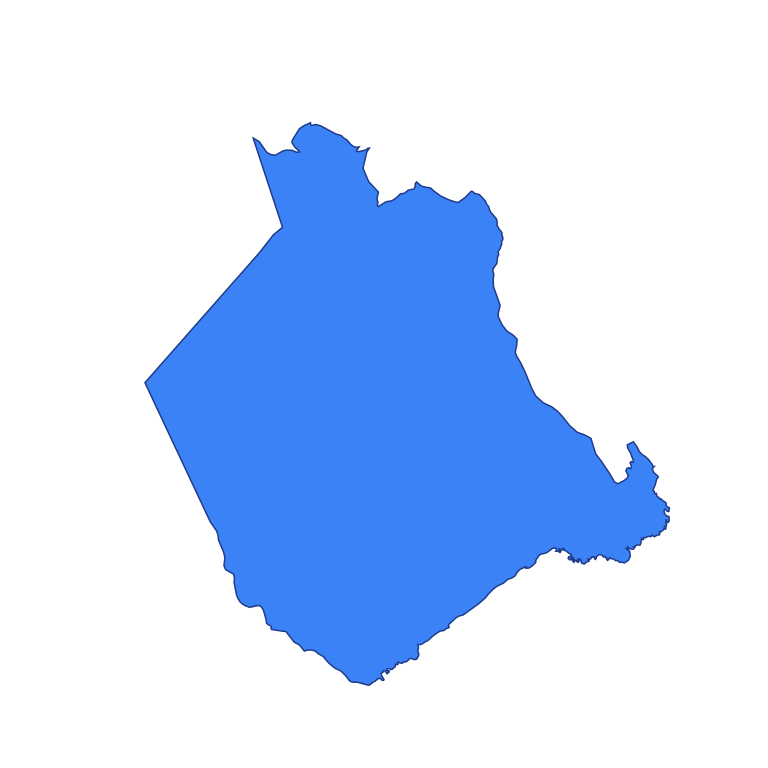 Des Barras, Dauphin, Saint Lucia (Mercator projection), rotated 69°
{"feature_id": "8701671B86108661761319", "entity_name": "Des Barras", "entity_type": "district", "adm_level": 2, "iso_a3": "LCA", "parent_name": "Saint Lucia", "parent_adm1": "Dauphin", "projection": "mercator", "projection_center": [-60.902, 14.001], "detail": "fine", "context": "isolated", "style": "filled", "palette": "blue", "viewbox_px": 768, "rotation_deg": 69, "n_neighbors": 0, "source": "geoboundaries", "source_scale": "gbopen_adm2", "svg_char_len": 6170}
<svg xmlns="http://www.w3.org/2000/svg" viewBox="0 0 768 768"><g transform="rotate(69 384 384)"><path d="M216.7,453.1L297.1,606.7L450.1,595.6L461.4,592.9L466.1,593.2L470.2,594.4L483.5,594.0L489.2,594.8L496.2,598.5L499.7,598.5L501.4,597.8L507.5,592.6L511.6,593.1L515.6,595.1L528.3,597.3L531.9,597.2L535.5,596.5L537.8,595.5L540.9,593.4L544.3,589.5L545.8,580.5L547.8,578.5L551.4,577.6L560.7,578.4L565.4,579.3L567.0,578.5L569.1,576.5L570.2,576.4L572.0,577.1L572.9,576.9L578.6,567.0L579.7,564.4L592.9,560.3L597.3,556.5L604.8,554.1L604.9,551.5L605.7,548.6L607.4,545.4L609.2,543.6L612.0,542.2L617.2,538.0L619.6,537.5L625.3,535.3L631.5,531.8L636.8,526.9L642.2,524.5L648.8,522.5L650.9,520.6L653.0,515.6L659.7,506.4L659.7,504.7L659.1,503.8L659.1,502.4L658.4,502.1L658.3,498.4L657.7,497.9L657.6,496.4L656.8,495.8L657.6,493.1L658.6,492.3L659.8,492.1L660.5,490.7L660.2,490.1L659.7,489.9L655.1,490.8L653.3,490.4L652.7,488.2L651.4,487.8L651.8,485.9L653.4,485.8L653.8,484.9L655.3,485.2L655.6,484.6L654.7,482.5L653.9,481.9L652.4,483.9L650.9,483.3L651.9,480.5L652.9,480.1L653.3,478.3L652.7,477.6L652.1,475.0L649.7,473.9L650.9,472.1L650.7,471.7L649.9,470.6L649.3,470.7L648.9,471.2L648.6,470.7L651.1,467.7L651.0,465.9L650.6,465.6L651.3,462.5L649.5,457.8L650.1,456.7L651.7,455.2L652.6,453.3L652.5,452.2L652.2,451.5L651.4,451.2L651.2,450.3L650.0,449.0L648.4,448.3L644.3,447.8L642.9,446.3L639.3,445.8L640.4,443.3L640.3,441.0L639.5,438.3L639.2,434.7L637.1,429.5L635.5,424.2L634.8,420.1L635.6,416.4L634.7,413.7L634.8,411.2L634.2,410.2L633.0,410.6L631.8,409.8L628.2,401.0L627.5,397.3L628.0,393.0L623.1,374.5L619.9,365.9L617.5,361.8L614.5,355.3L613.3,350.9L612.7,343.9L610.8,338.6L610.9,334.4L610.4,331.3L609.8,329.8L607.8,327.7L605.7,323.3L605.5,317.3L605.9,316.7L606.7,317.6L607.8,314.6L606.9,310.5L605.1,306.6L604.5,305.9L602.9,305.5L599.3,300.1L599.1,297.2L599.6,295.8L599.7,292.1L597.8,285.4L598.7,282.4L600.6,282.3L601.6,283.6L602.7,280.8L603.9,280.7L604.4,279.8L603.5,278.9L601.4,279.9L600.7,279.8L600.9,278.9L603.1,278.6L601.8,276.7L601.7,275.3L602.0,275.0L602.9,275.1L603.0,276.2L605.4,273.6L608.2,272.2L610.2,270.3L611.5,270.5L611.5,271.5L612.2,272.1L611.4,273.0L611.4,273.5L612.9,274.6L614.7,273.7L615.0,272.9L614.5,272.0L613.4,271.2L613.6,271.0L616.1,271.5L618.5,270.7L618.3,270.1L617.3,270.2L617.0,269.9L616.2,270.3L615.3,269.8L614.4,270.3L613.7,269.7L617.3,269.0L617.8,268.4L617.8,267.6L618.9,267.6L620.0,266.7L619.4,265.6L618.0,265.9L616.7,265.2L616.8,264.7L617.4,264.4L618.1,265.0L618.6,264.7L618.3,263.6L618.8,263.2L620.2,263.3L620.8,263.8L621.9,263.7L623.6,262.0L623.5,261.5L623.9,261.2L622.9,259.4L622.9,257.5L622.3,257.1L622.9,256.2L621.4,255.4L621.3,256.2L620.4,256.2L621.5,254.5L620.8,253.0L620.0,252.4L620.6,251.3L620.1,250.8L620.9,249.7L622.7,250.0L623.5,249.6L623.3,249.2L622.5,249.0L622.8,248.6L622.6,248.0L621.3,247.7L620.4,244.0L621.5,242.2L624.3,240.9L624.0,239.9L624.5,239.3L625.5,239.4L626.5,238.2L627.3,239.0L628.8,238.5L628.3,237.2L627.1,235.7L628.8,234.2L629.5,232.5L631.9,231.1L632.0,230.3L632.5,229.4L635.1,227.8L635.4,226.3L637.2,223.7L636.2,219.0L633.1,215.8L628.8,214.7L627.1,215.0L625.8,216.2L624.6,216.7L625.3,215.4L625.1,214.8L622.6,215.2L625.7,214.1L626.1,212.9L627.3,211.5L627.5,210.2L626.8,209.2L625.6,209.4L626.3,208.1L625.1,207.4L625.1,204.8L626.0,203.3L626.1,202.5L624.2,200.9L621.7,199.7L621.6,199.1L620.8,199.1L620.5,198.7L622.0,198.1L622.0,197.4L620.8,197.1L620.7,195.8L621.3,194.8L620.9,193.1L621.0,191.5L622.1,189.8L621.9,188.8L620.9,188.2L621.1,187.8L621.8,187.8L622.1,187.1L623.5,186.4L623.0,182.6L623.6,181.3L623.3,180.6L621.9,180.0L621.4,179.1L620.9,179.6L620.7,176.2L619.4,174.4L620.4,173.7L620.0,172.6L618.5,172.2L617.8,173.2L617.6,172.4L618.0,171.9L617.7,171.2L616.6,170.7L615.6,170.9L611.3,169.2L614.5,169.4L615.0,169.1L615.0,168.3L613.9,166.7L610.1,165.5L609.0,166.3L609.1,167.2L608.5,167.6L605.4,168.5L603.4,168.2L601.8,167.3L601.5,166.8L601.7,166.1L604.1,165.4L605.1,164.2L605.0,163.6L603.5,163.1L602.6,162.1L601.6,162.1L599.3,164.2L595.9,163.3L591.2,166.6L590.4,166.5L589.8,168.0L588.0,168.2L587.8,168.9L587.4,169.1L586.3,169.3L585.3,169.0L584.5,169.4L583.7,169.0L583.3,170.4L582.7,170.7L581.2,170.1L580.1,170.9L579.5,170.9L575.3,166.9L570.7,163.6L569.1,161.3L568.3,161.3L563.5,163.7L559.9,164.1L559.0,163.4L557.9,161.4L557.7,162.3L555.4,162.4L549.3,164.1L545.4,166.1L542.2,168.4L538.8,169.8L533.5,170.3L527.3,171.9L528.0,178.8L531.6,179.4L536.9,178.6L545.4,178.7L546.5,179.4L545.0,180.9L545.8,182.6L549.5,182.3L551.5,184.2L549.8,185.6L549.9,187.7L551.8,189.3L556.7,188.8L558.8,190.2L560.2,194.6L561.0,201.4L557.9,203.9L548.7,205.4L533.5,208.9L525.1,211.4L508.8,210.3L503.2,215.2L498.3,220.9L489.6,225.5L477.0,229.5L471.4,231.9L465.5,235.5L458.5,242.2L449.6,246.6L441.2,247.6L423.1,248.0L413.2,248.8L405.6,250.2L401.3,250.1L396.2,246.7L390.1,243.7L384.8,245.8L378.5,250.4L370.9,252.6L362.4,253.2L359.0,252.1L352.3,247.4L332.4,246.9L325.8,244.7L320.7,242.1L316.9,241.8L314.8,239.9L311.8,235.3L306.6,232.9L304.5,230.6L301.6,230.2L298.7,226.6L295.4,223.9L292.9,223.0L291.8,221.4L290.4,220.7L287.4,220.5L284.9,219.7L280.0,221.1L276.3,221.5L272.9,220.2L269.9,219.9L262.4,222.6L259.1,223.1L255.7,222.7L253.5,223.7L249.5,223.8L246.0,225.1L241.4,227.1L238.2,231.4L236.3,232.1L235.3,233.5L238.8,240.9L241.0,249.1L240.8,250.3L239.4,252.5L234.8,258.0L228.9,263.6L222.2,268.0L217.8,270.2L213.7,276.9L211.9,278.6L207.0,281.2L208.0,282.9L211.5,284.6L212.6,286.2L211.7,292.0L213.3,296.6L212.4,300.0L212.5,301.2L214.1,304.4L215.4,308.7L215.7,311.3L214.6,316.9L216.3,325.8L214.4,326.1L212.2,324.5L209.5,324.4L206.9,323.2L202.9,320.4L189.5,325.8L175.1,326.3L161.2,316.9L158.5,313.1L158.2,314.3L158.9,317.1L158.5,321.5L157.8,324.7L157.1,326.2L156.2,325.8L153.7,322.2L153.4,324.2L152.5,326.1L150.9,327.7L148.1,329.3L143.2,331.0L139.5,333.7L136.9,334.7L133.1,339.6L120.3,350.6L117.3,354.6L116.7,359.0L115.3,359.5L113.7,359.0L114.2,366.6L115.4,371.5L123.5,382.2L125.3,383.2L126.3,383.3L131.3,382.2L135.6,380.0L137.0,379.6L136.4,382.4L132.7,386.4L130.5,391.8L130.2,394.6L131.4,403.0L130.7,405.1L129.5,407.0L127.2,409.3L124.8,410.7L113.0,413.6L107.5,418.0L201.3,422.6L205.1,433.8L216.7,453.1Z" fill="#3b82f6" stroke="#1e3a8a" stroke-width="1.5"/></g></svg>